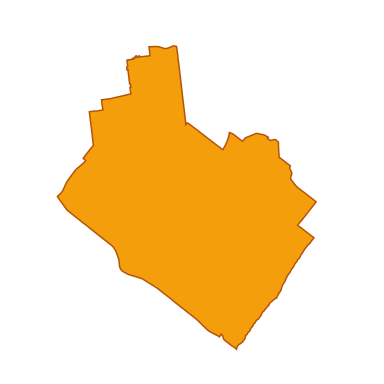 Stirling, Western Australia, Australia (Albers equal-area conic projection), rotated 218°
{"feature_id": "25037944B32793785148952", "entity_name": "Stirling", "entity_type": "district", "adm_level": 2, "iso_a3": "AUS", "parent_name": "Australia", "parent_adm1": "Western Australia", "projection": "albers", "projection_center": [115.812, -31.89], "detail": "fine", "context": "isolated", "style": "filled", "palette": "amber", "viewbox_px": 384, "rotation_deg": 218, "n_neighbors": 0, "source": "geoboundaries", "source_scale": "gbopen_adm2", "svg_char_len": 5809}
<svg xmlns="http://www.w3.org/2000/svg" viewBox="0 0 384 384"><g transform="rotate(218 192 192)"><path d="M295.3,148.4L297.1,139.1L297.3,138.0L297.3,136.6L297.3,134.0L297.0,124.8L296.9,123.1L296.6,121.7L296.1,119.2L295.0,115.0L294.8,114.2L294.7,113.4L294.6,112.6L294.6,111.7L294.6,110.9L294.7,110.0L294.8,109.2L295.3,105.5L283.5,102.0L281.0,101.3L280.3,101.1L278.5,100.8L276.6,100.8L275.4,100.8L270.4,100.7L264.5,100.7L259.9,100.6L253.5,100.7L251.0,100.6L243.3,100.5L222.1,100.4L220.9,100.2L219.7,100.0L217.5,99.3L217.0,99.1L215.7,98.5L215.1,98.2L209.3,94.6L208.7,94.1L208.0,93.7L207.5,93.1L206.6,92.3L205.3,90.8L203.6,89.1L202.9,88.5L202.1,88.0L201.3,87.5L200.3,87.2L199.4,86.9L198.5,86.8L197.4,86.9L196.8,86.9L192.2,87.7L190.9,88.0L189.1,88.7L180.6,92.0L179.6,92.4L178.3,92.8L177.3,93.0L175.6,93.2L174.2,93.4L173.3,93.4L172.1,93.5L163.7,94.5L161.6,94.7L159.5,94.8L151.7,94.7L147.6,94.8L143.4,94.8L141.6,94.8L139.6,94.6L110.6,94.5L109.1,94.4L95.7,92.9L95.0,92.8L93.4,92.8L92.6,92.9L91.1,93.1L85.4,94.1L84.4,94.3L83.0,94.6L82.2,94.7L81.2,94.7L81.2,96.0L81.4,97.2L81.6,97.9L80.8,97.9L80.2,97.8L79.3,97.5L78.7,97.2L77.4,96.1L76.9,95.8L76.3,95.5L75.8,95.4L75.2,95.3L66.2,95.3L65.8,95.3L65.1,95.5L64.6,95.6L60.1,95.5L60.6,96.4L61.2,98.3L61.4,100.2L61.3,100.5L61.1,100.9L60.7,101.7L60.5,102.1L60.5,102.4L60.4,102.8L60.2,103.2L59.9,104.7L59.7,104.9L59.8,105.3L60.0,106.5L59.9,107.4L60.0,107.8L60.0,108.7L60.2,109.7L60.3,110.0L60.5,110.3L60.7,110.6L60.8,111.0L61.0,111.3L61.2,111.5L61.3,111.9L61.4,112.2L61.3,112.5L61.0,113.2L60.9,113.6L60.9,114.1L61.3,115.5L61.4,116.1L61.3,116.3L61.1,116.7L60.9,117.7L61.0,118.2L61.2,119.1L61.3,119.3L61.4,119.7L61.7,120.4L61.7,120.7L61.7,121.3L61.5,123.0L61.7,123.4L61.7,123.7L61.7,124.1L61.7,124.7L62.1,125.6L62.1,126.3L61.8,127.2L61.8,127.4L61.9,128.1L62.2,130.6L62.0,131.5L61.7,132.0L61.5,132.4L61.5,132.7L61.4,133.0L61.6,134.9L61.5,135.5L61.5,136.1L61.6,137.0L62.2,139.1L62.4,141.3L62.4,141.6L62.0,142.7L62.0,143.2L62.2,144.0L62.2,144.4L62.2,144.9L62.1,145.2L62.0,145.6L62.1,145.8L62.0,147.1L62.1,148.5L61.8,148.9L61.7,149.5L61.6,149.8L62.0,150.4L62.1,150.9L62.0,151.2L62.2,151.8L62.2,152.0L62.2,153.0L62.1,153.8L61.7,155.0L61.6,156.2L61.5,156.5L61.4,156.7L61.4,156.9L61.3,157.2L61.2,157.7L61.0,158.2L60.8,158.9L60.8,159.4L60.7,159.7L60.5,160.0L60.2,160.2L60.1,160.3L60.0,160.5L60.0,160.8L60.2,161.2L60.6,162.0L60.8,162.8L60.9,163.6L60.8,164.4L60.9,164.8L61.0,165.1L61.1,165.7L61.1,166.1L61.2,167.1L61.2,168.2L61.5,169.2L61.5,169.7L61.7,170.2L61.9,170.6L62.5,172.1L62.9,173.1L63.1,173.5L63.2,174.0L63.5,176.0L63.6,177.6L63.7,178.6L63.7,179.1L64.3,180.5L64.6,181.5L64.8,183.1L65.1,184.6L65.3,186.1L65.4,187.2L65.4,189.8L65.6,190.8L65.7,191.3L66.0,192.3L66.0,192.8L65.9,193.3L65.9,193.9L65.9,194.9L66.3,197.0L66.6,198.5L66.7,199.1L66.6,201.7L66.7,202.2L67.0,203.2L67.0,203.7L66.9,204.8L66.7,205.7L66.7,206.3L66.7,206.8L66.8,207.3L67.0,208.3L67.4,209.3L67.4,209.8L67.5,210.3L67.4,211.3L67.6,213.0L67.8,214.0L67.8,215.0L68.0,216.6L68.0,217.7L68.0,218.8L68.0,219.3L68.0,219.8L67.9,220.3L68.0,220.8L68.0,221.3L68.0,221.8L67.6,223.3L67.5,223.8L67.5,224.3L67.6,225.4L67.6,226.9L67.7,227.4L67.7,228.9L67.7,230.5L67.7,231.0L80.8,230.9L85.1,231.0L85.1,230.7L88.3,230.7L88.3,236.9L88.1,236.9L88.1,237.1L88.1,239.2L88.1,240.7L88.1,247.6L88.1,250.9L88.1,251.5L88.1,254.5L88.1,255.3L88.1,259.5L88.1,260.7L89.5,260.7L97.8,260.7L103.6,260.7L103.8,260.7L105.6,260.6L111.1,260.6L111.6,260.6L112.2,260.7L112.3,260.6L112.5,260.6L114.4,261.0L120.6,262.5L121.5,262.7L121.9,263.0L122.0,263.1L122.7,263.6L123.2,264.1L123.5,264.6L123.6,264.9L124.1,266.8L124.5,267.7L124.6,267.9L125.0,268.3L125.7,268.9L126.5,269.3L128.7,270.2L129.3,270.5L129.6,270.8L130.0,271.3L130.2,271.7L130.4,272.5L130.5,273.1L130.9,273.1L131.3,273.1L132.0,273.2L136.8,273.1L142.8,273.1L144.0,273.0L144.6,272.8L145.0,273.4L145.6,274.1L149.4,278.3L150.3,279.3L154.4,284.3L155.0,284.5L158.6,284.8L161.8,281.0L162.5,281.0L163.4,280.9L165.3,280.6L165.5,280.7L165.6,280.8L165.7,282.1L169.9,281.5L170.4,281.3L170.9,281.1L176.5,278.4L177.1,278.0L177.3,277.9L177.8,277.2L179.7,273.7L181.7,270.3L182.9,268.1L183.1,267.6L183.3,267.2L183.3,266.9L183.4,264.1L183.5,263.5L183.6,263.0L191.1,263.0L194.9,263.0L196.1,262.8L196.8,262.6L198.2,262.2L199.2,261.8L198.2,260.2L197.8,259.4L197.3,258.4L196.6,256.6L196.2,255.7L196.0,255.1L195.0,251.4L194.6,249.9L194.1,246.6L193.8,244.3L197.9,244.2L198.4,244.2L200.9,244.2L201.1,244.1L201.5,244.1L203.1,244.1L204.6,244.2L208.3,244.1L218.9,244.0L221.2,244.0L224.7,244.0L231.3,243.9L233.2,243.9L236.2,243.9L237.0,243.8L238.8,243.2L238.2,241.4L238.4,241.1L238.5,241.5L242.4,245.5L248.5,251.7L249.6,252.8L256.4,259.6L269.7,273.1L283.6,287.1L284.9,288.3L287.7,291.3L293.7,297.1L293.9,297.2L296.9,295.5L297.2,294.8L297.6,293.9L299.0,291.6L299.2,291.0L299.7,290.3L300.1,289.8L300.7,289.2L301.4,288.6L302.1,288.1L302.9,287.7L303.5,287.6L307.1,286.2L307.7,285.9L309.0,285.2L309.8,284.6L315.3,280.0L309.0,273.5L315.8,266.8L316.4,266.2L317.1,266.9L317.5,266.4L316.8,265.8L318.1,264.4L318.8,265.1L319.0,265.0L319.3,265.2L320.0,264.6L319.4,264.0L320.2,263.2L319.7,262.7L319.5,262.4L320.3,261.6L319.8,261.2L320.0,261.0L320.5,261.5L321.1,260.8L320.7,260.3L320.9,260.1L320.6,259.9L321.1,259.3L323.8,256.8L323.5,256.5L324.3,255.6L319.8,251.2L319.8,250.9L320.4,250.2L318.4,248.2L317.8,248.9L307.8,238.9L307.3,239.4L304.7,236.9L305.3,236.3L300.6,231.6L310.7,219.1L313.3,215.9L314.1,214.9L316.8,212.2L319.4,209.6L320.1,209.0L316.2,205.1L312.8,201.9L312.7,201.7L312.9,201.5L315.0,199.4L315.4,198.9L315.8,198.2L317.1,196.9L317.5,196.6L318.0,196.4L322.3,192.1L322.0,191.7L317.3,187.0L316.2,185.7L315.4,185.2L306.3,176.0L304.9,174.6L298.8,168.4L298.5,168.3L298.5,164.5L298.6,160.1L298.6,159.4L298.6,159.1L298.6,155.2L298.4,151.4L295.1,151.4L295.1,150.3L295.3,148.4Z" fill="#f59e0b" stroke="#b45309" stroke-width="1.5"/></g></svg>